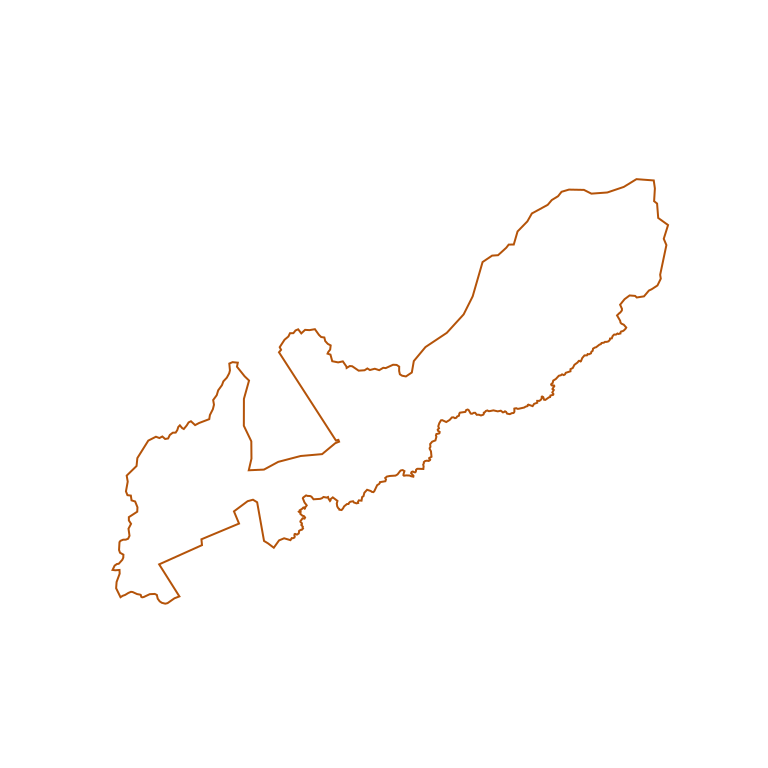 outline of Rodríguez, San José, Uruguay, rotated 57°
{"feature_id": "84410073B80691141354915", "entity_name": "Rodríguez", "entity_type": "district", "adm_level": 2, "iso_a3": "URY", "parent_name": "Uruguay", "parent_adm1": "San José", "projection": "equal_earth", "projection_center": [-56.456, -34.221], "detail": "fine", "context": "isolated", "style": "outline", "palette": "amber", "viewbox_px": 768, "rotation_deg": 57, "n_neighbors": 0, "source": "geoboundaries", "source_scale": "gbopen_adm2", "svg_char_len": 6140}
<svg xmlns="http://www.w3.org/2000/svg" viewBox="0 0 768 768"><g transform="rotate(57 384 384)"><path d="M450.7,671.3L412.8,670.8L420.0,624.4L414.8,621.7L422.1,581.6L409.1,579.2L408.0,562.2L409.7,556.9L414.1,554.8L450.3,570.1L454.4,568.1L461.3,565.6L458.0,557.2L459.0,551.8L464.0,547.5L463.0,545.3L463.7,544.5L464.0,542.8L463.4,542.0L462.1,541.6L461.2,540.7L461.3,540.2L462.9,539.0L462.9,536.9L460.9,535.1L461.1,532.7L461.5,532.4L461.1,530.6L460.1,530.5L459.5,529.8L457.2,530.1L456.8,529.1L456.0,528.7L454.5,529.2L453.6,528.9L452.3,525.4L453.6,524.0L453.0,522.9L451.2,523.1L450.1,524.1L447.4,524.9L445.8,523.6L445.4,524.8L444.7,525.0L444.6,524.0L444.0,523.5L444.1,520.6L443.7,519.1L443.9,518.5L445.3,518.5L445.4,518.1L444.3,517.1L444.3,516.3L443.7,514.9L440.1,515.2L435.6,514.3L435.2,513.6L435.0,510.0L436.2,509.1L437.7,507.0L439.0,506.2L442.3,505.9L445.5,500.2L446.0,498.3L445.8,496.3L448.0,494.0L448.3,492.5L449.8,493.0L452.7,493.0L452.5,492.3L451.5,491.6L451.2,488.7L456.7,486.7L458.5,488.7L461.2,489.9L463.4,490.0L464.3,489.6L465.1,489.9L466.6,488.2L466.0,486.1L464.9,484.1L464.5,480.5L465.3,479.1L464.6,477.9L464.4,476.4L465.5,473.8L466.9,473.8L469.1,472.1L469.7,470.5L468.8,470.2L467.9,468.5L469.6,466.4L466.9,463.9L466.9,462.3L464.5,459.7L463.5,455.8L466.5,453.4L467.8,453.0L468.9,451.8L468.6,450.5L465.1,444.8L465.2,442.8L464.9,441.7L464.1,440.9L466.3,435.8L465.1,434.3L463.5,434.2L463.2,432.0L464.3,429.2L467.1,424.2L467.2,421.9L465.7,417.6L465.7,416.8L466.4,415.2L468.2,414.3L470.1,416.6L471.1,417.4L471.8,417.2L472.7,415.2L474.7,412.4L476.1,411.5L477.7,409.9L477.1,409.3L473.5,409.8L472.8,408.7L473.1,407.5L474.6,406.6L475.1,405.8L474.7,404.9L473.4,403.8L473.2,402.6L473.5,401.8L476.7,397.3L474.6,395.6L473.0,395.1L472.3,393.9L471.2,393.1L471.0,391.5L471.6,389.9L472.9,388.4L472.9,386.9L472.6,386.5L471.3,386.8L470.7,386.4L470.9,383.8L466.1,381.3L463.2,381.0L462.6,380.6L462.0,379.3L459.5,378.0L458.6,375.0L459.3,371.6L456.8,368.8L455.5,368.5L454.5,367.3L455.5,364.7L455.4,364.2L454.5,363.4L452.5,364.2L451.5,363.8L451.1,362.0L449.0,361.5L447.0,359.0L445.5,356.0L446.0,354.9L449.8,352.5L449.9,348.5L449.0,345.3L449.8,343.9L451.3,343.1L451.7,341.7L451.1,340.4L451.4,338.4L449.7,336.8L449.4,335.9L451.7,331.0L450.6,329.2L451.0,327.7L452.0,327.2L456.0,327.4L456.9,326.4L457.1,324.3L457.8,323.2L460.3,323.0L461.5,321.1L463.2,319.8L463.8,317.4L463.3,316.4L462.4,315.9L462.6,315.1L462.1,313.2L462.5,311.7L463.7,311.1L464.3,310.2L465.7,306.6L468.9,303.5L470.0,300.6L472.6,299.7L472.9,298.4L472.8,297.4L473.9,296.8L475.9,296.9L477.8,294.9L478.1,292.6L478.8,291.3L478.7,290.4L478.1,289.6L475.6,288.1L475.7,287.7L476.4,286.2L477.5,285.6L478.1,284.6L480.1,279.2L480.1,277.6L480.7,275.7L479.9,274.8L479.9,274.2L483.5,271.4L482.4,268.9L483.2,265.7L481.6,264.7L482.8,262.8L482.6,260.8L481.8,259.4L480.7,258.8L480.6,258.2L481.7,257.6L484.4,258.3L485.2,257.3L485.0,253.0L485.4,251.8L484.3,250.7L485.2,248.0L484.7,247.4L482.7,247.4L481.5,244.9L479.9,245.4L478.5,242.3L477.7,242.3L476.8,243.9L475.6,244.2L475.1,243.6L475.0,242.0L473.3,240.2L473.4,237.2L472.3,232.9L473.0,230.9L472.9,229.4L474.4,228.4L474.5,227.0L473.6,225.5L474.9,220.7L473.1,219.5L473.4,217.0L471.6,213.8L471.4,210.1L470.7,208.0L471.1,207.4L472.1,207.0L472.2,206.5L470.2,203.6L469.2,200.3L470.5,198.2L469.8,196.9L470.7,196.0L471.0,193.7L469.9,192.5L469.8,190.9L468.2,189.4L468.3,187.1L468.7,186.1L468.3,181.8L468.7,180.5L468.1,179.2L469.1,177.1L469.0,175.7L469.9,174.4L470.5,172.5L469.9,170.4L469.0,169.7L469.8,168.1L468.4,166.3L467.9,164.5L467.9,164.0L468.9,162.6L468.8,160.7L469.7,160.2L470.4,158.2L469.6,157.7L469.1,156.5L469.7,155.0L469.7,153.5L469.2,151.3L468.6,150.1L464.9,150.6L462.7,152.0L461.3,152.2L459.6,151.5L453.4,151.2L452.7,147.7L452.8,147.1L451.9,144.5L450.6,143.5L446.1,142.8L443.9,136.1L443.5,129.8L446.9,125.4L449.1,124.9L452.1,118.2L449.9,110.9L450.3,108.0L450.3,101.0L446.4,94.5L442.8,92.9L421.3,71.5L414.6,70.3L405.4,59.2L394.1,63.6L381.4,56.7L377.8,57.9L367.5,50.3L360.2,46.9L349.7,60.7L349.3,75.6L345.0,92.4L337.3,106.4L330.1,110.6L321.7,123.0L319.5,130.4L321.3,135.7L321.1,143.1L322.9,149.1L321.5,167.1L325.7,175.2L328.8,188.9L337.7,199.2L335.0,203.5L336.3,207.2L338.1,218.2L335.2,223.4L335.4,234.9L358.8,261.9L369.0,279.3L375.3,303.5L375.6,329.1L381.0,346.5L389.5,354.4L389.6,361.5L386.9,364.3L384.5,365.4L381.3,364.2L377.7,361.8L374.9,363.0L372.8,365.9L371.6,373.9L370.0,375.8L369.8,380.5L366.2,383.4L364.6,388.2L361.9,389.5L361.9,392.8L359.0,398.0L351.8,401.0L350.3,402.9L350.2,406.6L348.9,406.0L342.6,406.2L340.9,410.7L336.7,415.0L330.2,412.9L327.8,414.8L326.8,413.3L325.8,410.4L322.6,407.7L319.7,409.3L316.0,409.9L312.5,408.7L310.4,411.1L307.4,411.8L300.4,412.1L298.2,417.2L295.6,420.7L296.5,425.8L291.4,426.2L290.9,429.0L292.0,432.3L290.2,435.2L292.1,438.3L292.7,443.3L296.3,451.4L299.3,451.7L300.2,454.8L405.2,455.1L406.0,452.7L407.9,453.1L407.1,457.1L409.1,474.1L399.0,493.1L391.7,515.1L390.4,531.3L382.7,544.4L374.4,535.8L359.8,526.5L342.7,524.3L320.2,509.6L307.6,495.3L301.6,496.7L289.4,497.9L286.5,495.0L283.2,499.1L282.6,502.6L288.7,505.8L290.7,508.0L293.1,512.4L294.3,517.3L296.7,520.5L299.0,526.5L302.3,530.4L304.4,536.0L308.8,537.9L311.9,541.2L315.2,546.9L318.3,549.7L316.0,560.3L315.6,564.8L310.1,566.2L309.8,568.8L311.3,572.0L312.7,576.4L311.0,577.3L307.5,577.7L308.0,579.9L310.1,582.5L311.3,585.2L309.8,587.7L310.1,591.4L312.1,594.7L310.9,597.5L307.3,598.5L307.0,601.8L304.0,604.0L303.1,612.5L311.8,631.2L318.0,636.2L320.7,649.7L326.3,652.1L333.5,658.9L337.5,659.7L339.7,657.1L344.1,659.1L347.0,656.7L353.1,657.9L356.7,660.5L356.7,670.5L359.5,672.3L363.5,672.3L366.2,677.1L372.7,680.1L374.4,682.9L373.9,685.3L372.5,687.6L372.0,690.4L372.6,692.0L378.9,696.6L381.7,697.3L385.2,695.5L387.6,697.2L388.9,699.2L390.3,704.4L389.5,706.0L389.6,708.8L392.1,712.9L393.9,710.8L395.9,707.1L399.1,709.0L404.4,716.1L409.4,719.9L419.3,721.1L419.3,718.6L419.9,716.0L420.0,712.2L420.5,709.4L421.6,708.1L425.7,705.5L427.9,703.2L428.5,702.9L430.3,703.5L431.2,703.0L431.8,701.5L432.7,694.9L435.2,690.6L437.2,689.4L440.8,690.7L444.1,690.5L446.5,689.5L449.1,687.1L449.9,684.9L449.6,676.4L450.7,671.3Z" fill="none" stroke="#b45309" stroke-width="2"/></g></svg>